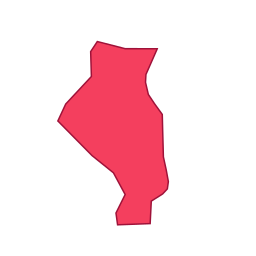 Eunpyeong-gu, Seoul, South Korea, rotated 313°
{"feature_id": "91817680B53616587081026", "entity_name": "Eunpyeong-gu", "entity_type": "district", "adm_level": 2, "iso_a3": "KOR", "parent_name": "South Korea", "parent_adm1": "Seoul", "projection": "natural_earth1", "projection_center": [126.934, 37.609], "detail": "fine", "context": "isolated", "style": "filled", "palette": "rose", "viewbox_px": 256, "rotation_deg": 313, "n_neighbors": 0, "source": "geoboundaries", "source_scale": "gbopen_adm2", "svg_char_len": 513}
<svg xmlns="http://www.w3.org/2000/svg" viewBox="0 0 256 256"><g transform="rotate(313 128 128)"><path d="M50.1,186.4L73.2,209.4L90.4,194.9L93.9,195.8L103.4,198.3L110.3,198.3L116.3,194.1L123.3,184.7L131.0,173.6L144.0,160.8L150.9,154.0L160.0,145.1L161.3,143.8L163.8,131.0L166.4,120.0L173.3,109.7L179.4,104.6L205.2,95.6L205.9,95.3L184.1,71.9L170.3,46.6L158.4,48.6L140.7,66.1L103.1,66.1L85.3,71.9L83.3,120.6L85.3,147.9L77.4,171.3L57.6,177.2L50.1,186.4Z" fill="#f43f5e" stroke="#9f1239" stroke-width="1.5"/></g></svg>